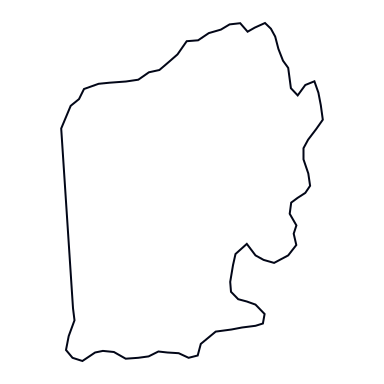 Aloândia, Goiás, Brazil (Robinson projection)
{"feature_id": "56859067B93874841442887", "entity_name": "Aloândia", "entity_type": "district", "adm_level": 2, "iso_a3": "BRA", "parent_name": "Brazil", "parent_adm1": "Goiás", "projection": "robinson", "projection_center": [-49.451, -17.693], "detail": "fine", "context": "isolated", "style": "outline", "palette": "ink", "viewbox_px": 384, "rotation_deg": 0, "n_neighbors": 0, "source": "geoboundaries", "source_scale": "gbopen_adm2", "svg_char_len": 1081}
<svg xmlns="http://www.w3.org/2000/svg" viewBox="0 0 384 384"><path d="M314.4,81.3L305.3,85.0L297.7,95.4L290.9,88.2L288.2,67.9L283.0,60.7L278.4,48.9L275.2,36.6L270.9,28.7L265.0,23.0L254.8,27.6L247.6,31.7L240.2,23.2L229.6,24.4L220.9,29.6L208.8,33.1L198.1,40.3L186.7,41.2L177.5,54.4L168.2,62.5L159.4,70.0L148.9,72.3L138.3,79.7L126.0,81.5L109.6,82.7L98.6,83.8L84.0,89.0L79.0,99.1L70.7,105.8L61.2,128.5L73.0,308.2L74.5,320.3L68.7,336.1L66.0,350.0L72.5,357.8L82.4,361.0L95.1,352.5L102.9,350.9L113.9,352.0L125.7,358.7L138.3,357.8L148.6,356.4L158.4,351.5L167.4,352.5L178.7,353.2L188.6,357.8L197.7,355.5L200.8,343.9L215.7,331.6L231.5,329.5L242.0,327.5L255.5,325.8L262.9,323.5L264.6,314.0L255.5,304.6L246.8,301.5L238.2,299.2L231.0,291.8L230.2,281.9L233.0,265.2L235.5,254.0L246.8,243.9L255.5,255.4L263.6,259.9L274.1,262.9L288.2,255.4L296.3,245.0L293.7,233.7L296.4,225.4L289.7,213.8L291.2,202.6L297.7,197.8L305.3,192.9L310.1,185.8L308.3,173.5L303.5,159.4L303.5,148.2L308.1,139.7L316.1,129.2L322.8,119.7L320.8,105.2L318.4,92.7L314.4,81.3Z" fill="none" stroke="#020617" stroke-width="2"/></svg>